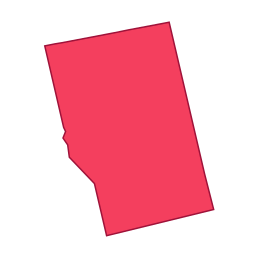 the district of Grady, Georgia, United States of America, rotated 166°
{"feature_id": "52423323B79545259368110", "entity_name": "Grady", "entity_type": "district", "adm_level": 2, "iso_a3": "USA", "parent_name": "United States of America", "parent_adm1": "Georgia", "projection": "orthographic", "projection_center": [-84.202, 30.877], "detail": "fine", "context": "isolated", "style": "filled", "palette": "rose", "viewbox_px": 256, "rotation_deg": 166, "n_neighbors": 0, "source": "geoboundaries", "source_scale": "gbopen_adm2", "svg_char_len": 377}
<svg xmlns="http://www.w3.org/2000/svg" viewBox="0 0 256 256"><g transform="rotate(166 128 128)"><path d="M64.6,28.2L64.8,65.1L62.5,220.7L65.0,220.8L104.3,223.1L104.8,223.1L118.2,223.7L171.4,226.7L178.7,227.3L188.9,227.8L190.3,144.1L189.4,139.7L193.5,134.0L190.6,126.2L192.0,113.8L174.0,82.2L174.8,28.7L64.6,28.2Z" fill="#f43f5e" stroke="#9f1239" stroke-width="1.5"/></g></svg>